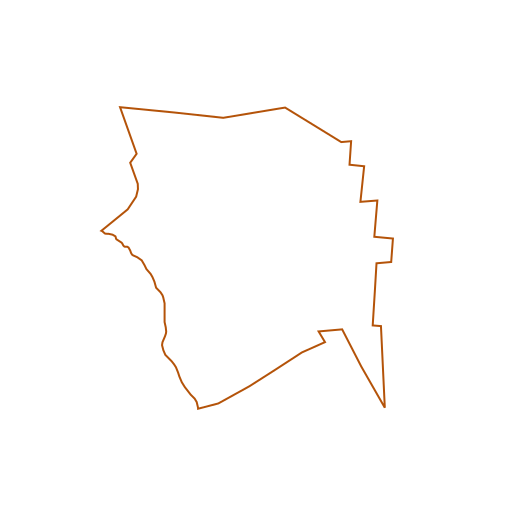 Chittenden, Vermont, United States of America (Mercator projection), rotated 338°
{"feature_id": "52423323B83826367261250", "entity_name": "Chittenden", "entity_type": "district", "adm_level": 2, "iso_a3": "USA", "parent_name": "United States of America", "parent_adm1": "Vermont", "projection": "mercator", "projection_center": [-73.209, 44.442], "detail": "fine", "context": "isolated", "style": "outline", "palette": "amber", "viewbox_px": 512, "rotation_deg": 338, "n_neighbors": 0, "source": "geoboundaries", "source_scale": "gbopen_adm2", "svg_char_len": 1256}
<svg xmlns="http://www.w3.org/2000/svg" viewBox="0 0 512 512"><g transform="rotate(338 256 256)"><path d="M145.1,375.9L165.8,378.6L201.1,374.3L231.7,368.6L262.5,362.6L287.7,361.7L285.8,349.4L308.4,356.3L312.2,397.9L318.6,444.9L345.6,367.8L338.2,364.1L353.7,331.7L365.0,307.9L379.1,312.2L389.5,291.1L372.9,282.5L389.3,250.0L373.1,244.9L389.9,213.3L376.9,206.4L387.2,185.2L377.7,182.3L338.6,129.3L332.1,127.8L277.4,115.6L234.1,92.4L185.7,67.1L183.6,116.5L174.3,122.4L173.4,144.8L171.6,149.8L167.1,156.1L154.5,164.7L122.1,174.7L122.7,175.3L124.3,178.5L125.1,179.1L127.6,180.2L131.0,182.5L133.0,185.1L133.0,185.9L132.7,187.5L132.9,188.3L136.4,193.3L136.7,194.4L136.9,196.6L137.4,197.8L137.9,198.3L140.1,199.2L141.0,200.4L141.4,203.8L141.4,204.1L141.3,206.4L141.6,208.3L142.3,209.4L145.4,212.6L148.4,217.2L149.2,222.7L149.5,227.1L151.6,233.2L152.1,236.8L152.2,241.7L151.5,248.0L153.9,253.9L154.6,257.5L154.5,259.1L154.5,259.5L153.5,265.7L146.5,283.0L145.6,288.3L144.4,292.5L143.4,294.2L141.5,296.4L137.0,300.9L135.5,303.4L134.8,308.6L134.9,313.7L138.4,322.1L138.6,322.8L139.5,326.0L140.1,329.2L140.1,334.8L139.8,339.0L139.9,345.2L140.9,350.9L143.5,360.1L145.7,365.3L146.3,369.2L145.4,375.1L145.1,375.9Z" fill="none" stroke="#b45309" stroke-width="2"/></g></svg>